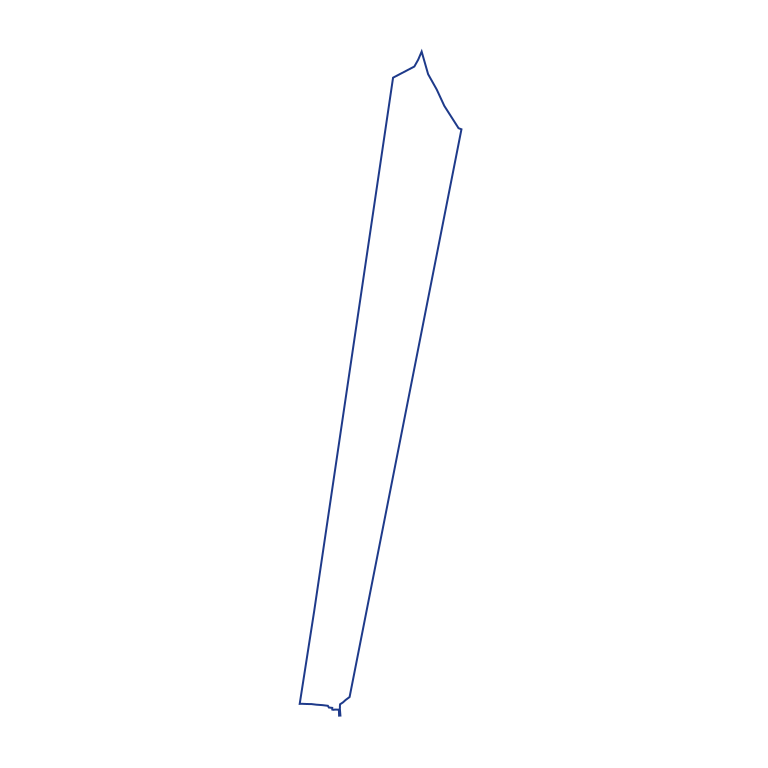 outline of Ngercheluuk, Ngiwal, Palau, rotated 96°
{"feature_id": "81905179B58840706611886", "entity_name": "Ngercheluuk", "entity_type": "district", "adm_level": 2, "iso_a3": "PLW", "parent_name": "Palau", "parent_adm1": "Ngiwal", "projection": "mercator", "projection_center": [134.626, 7.558], "detail": "fine", "context": "isolated", "style": "outline", "palette": "blue", "viewbox_px": 768, "rotation_deg": 96, "n_neighbors": 0, "source": "geoboundaries", "source_scale": "gbopen_adm2", "svg_char_len": 590}
<svg xmlns="http://www.w3.org/2000/svg" viewBox="0 0 768 768"><g transform="rotate(96 384 384)"><path d="M49.5,381.3L57.9,383.9L65.1,387.0L78.4,407.0L617.3,429.7L710.9,434.4L710.6,431.9L710.3,427.0L709.9,422.7L710.0,417.8L709.8,411.7L709.9,406.2L711.5,405.0L711.5,401.6L713.2,401.4L713.3,400.2L712.9,398.7L712.7,395.9L712.6,394.8L718.5,394.0L718.3,392.7L711.3,394.0L710.3,394.0L709.0,394.2L707.1,394.2L705.0,391.6L703.9,390.6L702.3,389.2L700.3,387.0L698.9,385.5L122.6,333.6L121.8,336.6L101.1,353.1L85.7,362.3L71.3,372.5L49.5,381.3Z" fill="none" stroke="#1e3a8a" stroke-width="2"/></g></svg>